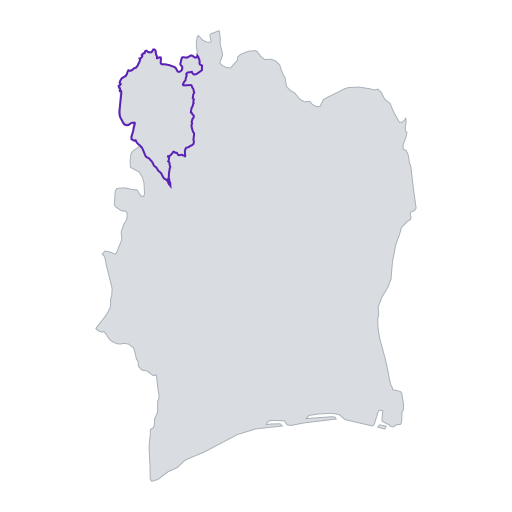 Ivory Coast, with Denguélé highlighted
{"feature_id": "CIV-3437", "entity_name": "Denguélé", "entity_type": "Region", "adm_level": 1, "iso_a3": "CIV", "parent_name": "Ivory Coast", "parent_adm1": "", "projection": "equal_earth", "projection_center": [-7.217, 9.491], "detail": "fine", "context": "in_parent", "style": "outline", "palette": "violet", "viewbox_px": 512, "rotation_deg": 0, "n_neighbors": 0, "source": "natural_earth", "source_scale": "10m", "svg_char_len": 8473}
<svg xmlns="http://www.w3.org/2000/svg" viewBox="0 0 512 512"><path d="M128.4,70.3L129.9,70.2L133.9,68.6L137.6,65.0L141.0,57.6L145.6,51.6L150.8,52.0L152.3,50.9L154.1,50.7L156.3,54.7L158.5,57.7L160.0,57.8L161.2,63.4L170.7,65.8L174.7,67.4L178.1,71.5L179.3,71.6L180.7,70.7L181.9,69.3L182.1,67.7L180.6,64.0L181.3,60.6L182.8,57.6L185.2,57.4L188.9,56.6L193.1,56.6L196.2,57.1L197.5,54.1L196.3,45.6L196.6,41.0L197.1,37.1L198.3,35.5L203.0,40.4L207.3,42.2L210.3,42.3L211.2,41.4L209.9,36.0L210.2,34.4L211.3,33.5L213.4,32.9L218.8,30.7L219.4,31.2L220.4,39.6L220.0,42.4L221.1,48.2L222.5,53.5L222.4,55.7L221.3,59.0L219.9,62.0L220.0,63.3L222.2,65.4L226.4,67.5L230.7,68.0L233.1,64.9L235.6,62.3L237.4,60.1L237.9,56.7L240.7,54.3L248.5,51.2L255.7,50.7L257.4,51.7L260.7,56.4L264.8,59.6L271.1,59.2L275.7,61.1L279.6,64.7L282.3,72.7L285.2,78.4L286.5,86.6L291.1,91.0L294.6,92.9L299.5,98.9L304.5,101.9L309.7,101.2L312.2,104.3L316.1,106.5L319.9,106.7L323.3,99.8L327.8,97.1L339.2,91.6L343.7,89.1L348.2,87.6L359.2,87.1L369.4,88.7L374.5,90.0L377.9,89.1L381.2,92.3L384.7,99.2L387.5,101.4L390.3,103.8L392.4,109.2L394.9,114.5L396.3,116.9L399.4,122.2L402.0,122.3L404.6,120.0L405.7,118.3L406.2,121.8L405.2,127.5L405.4,131.0L406.9,132.3L406.1,136.8L403.1,144.5L403.2,149.1L406.2,150.5L408.3,155.3L409.6,163.6L410.9,166.3L411.0,168.0L413.3,188.0L416.1,208.1L414.4,210.8L412.0,211.5L410.5,212.5L410.1,214.3L411.1,217.1L410.5,219.6L407.6,221.3L401.2,227.7L400.8,230.2L399.1,235.7L397.7,239.0L395.7,245.1L392.5,261.4L391.3,275.0L391.1,279.1L389.8,282.0L388.4,286.2L381.6,297.8L378.1,307.2L378.5,311.4L378.7,315.5L377.7,318.5L377.9,326.5L378.8,333.2L380.0,339.7L385.1,358.3L387.7,369.6L389.3,378.7L390.8,384.9L392.1,387.3L392.7,389.7L400.1,391.4L401.6,392.7L403.6,404.6L403.3,410.0L401.8,412.0L401.9,416.6L401.6,422.2L400.5,424.4L396.3,424.7L393.5,426.9L389.8,426.0L389.4,424.6L387.4,424.1L381.9,420.9L382.8,410.6L380.2,410.1L378.2,411.5L374.4,423.9L372.5,426.0L345.0,419.6L339.0,414.5L331.8,413.3L319.3,413.9L309.0,415.4L306.1,418.6L332.1,416.7L334.9,417.1L336.2,419.0L303.3,423.0L290.8,425.5L287.1,424.8L284.3,420.8L270.7,420.4L267.9,421.7L266.2,424.6L271.5,424.0L280.0,423.8L282.3,426.0L255.8,428.9L237.4,434.5L229.7,438.6L204.0,452.2L188.4,458.6L184.3,460.9L177.2,467.6L168.1,471.7L157.8,479.5L151.6,481.3L150.2,478.8L150.0,465.6L149.1,447.9L149.5,441.2L150.3,434.8L150.3,429.6L153.4,427.6L154.3,425.4L154.7,418.5L157.6,412.3L157.7,401.4L158.6,399.1L159.2,396.2L158.0,389.1L156.4,375.6L155.6,374.8L154.9,375.4L153.2,375.6L146.8,370.9L141.8,370.1L138.4,366.2L138.1,361.6L136.4,359.0L135.3,353.8L133.5,347.8L128.6,344.1L124.0,343.3L120.8,344.0L117.0,343.8L112.6,341.8L109.5,339.5L106.7,335.1L104.0,331.7L101.9,332.1L99.3,331.3L96.8,329.7L95.9,328.4L106.6,314.5L110.2,307.6L110.6,303.5L110.6,299.3L111.8,295.0L112.1,288.4L106.2,264.5L104.8,257.1L103.2,254.9L102.2,254.1L105.1,251.0L109.3,251.8L115.5,254.2L116.9,251.9L121.7,239.8L121.5,235.3L121.1,232.2L123.9,224.0L126.1,220.8L127.2,217.3L126.9,212.6L125.2,210.9L123.0,211.2L120.4,210.1L116.4,207.4L114.3,205.0L115.0,194.1L115.3,190.7L116.8,188.7L119.0,188.2L125.2,187.9L130.2,189.1L134.7,189.8L137.0,189.8L138.9,193.1L141.5,196.4L143.7,196.3L144.5,193.9L144.0,183.1L142.5,177.5L139.1,172.0L130.4,167.3L130.1,160.8L131.0,153.7L132.9,151.0L139.4,146.5L138.3,144.1L136.2,141.5L132.1,138.9L133.1,130.5L133.3,122.9L129.8,123.8L126.2,124.2L123.2,121.9L120.6,117.3L120.2,104.6L120.2,90.1L119.7,83.6L120.7,80.2L123.8,77.0L127.2,72.9L128.4,70.3ZM386.2,426.2L384.8,429.0L377.8,427.2L379.5,424.8L386.2,426.2Z" fill="#d9dde1" stroke="#a8b0b8" stroke-width="1"/><path d="M120.2,91.3L119.9,91.2L119.7,90.5L119.9,90.3L120.1,90.2L120.1,89.6L120.0,88.4L119.8,88.0L119.5,87.9L119.2,87.9L119.1,87.7L118.9,87.2L118.7,86.4L118.7,85.8L119.9,85.2L120.5,84.6L120.7,83.9L120.1,83.6L119.6,82.8L120.1,81.0L121.2,79.1L122.2,77.9L124.8,76.6L126.0,75.7L127.0,73.9L127.2,72.9L127.5,72.0L127.9,71.1L128.4,70.3L129.4,70.8L130.5,70.8L131.6,70.4L132.5,69.8L133.5,68.7L134.0,68.3L135.3,68.0L135.8,67.8L136.3,67.4L136.8,66.8L138.1,64.7L138.3,64.1L138.5,63.4L138.8,63.0L139.2,62.7L139.5,62.1L139.6,61.1L140.2,59.7L139.5,58.5L140.6,58.2L141.7,57.3L142.3,56.1L141.7,55.1L142.2,54.7L142.4,54.6L142.4,54.1L143.1,53.4L143.6,53.2L144.2,53.3L144.7,53.1L144.9,52.4L145.1,51.5L145.4,50.9L146.5,50.7L148.4,52.2L149.6,52.4L150.1,52.3L151.1,52.3L151.6,52.1L152.0,51.6L153.2,49.5L154.0,49.4L154.6,49.6L155.1,50.0L155.5,50.6L155.8,51.5L155.8,52.3L155.8,53.0L155.8,53.6L156.0,54.3L156.9,56.3L157.0,57.1L156.9,57.7L156.9,58.2L157.6,58.2L158.1,58.0L159.5,57.3L160.7,57.4L161.0,58.5L160.7,61.4L160.7,63.1L161.2,63.9L162.0,64.3L165.3,64.3L169.5,65.2L174.6,67.1L175.5,67.8L176.4,69.1L177.1,70.7L178.1,71.8L179.4,71.8L180.6,71.2L181.7,70.1L182.3,68.6L182.2,66.8L181.7,66.1L181.0,65.5L180.5,64.8L180.3,63.9L181.6,58.3L182.2,57.4L183.4,57.2L186.4,57.7L187.4,57.5L190.5,55.6L191.6,55.4L192.7,55.9L194.7,57.5L195.9,57.6L197.1,57.1L197.5,56.3L197.5,55.9L198.2,56.8L199.1,59.3L199.4,60.0L199.6,61.2L199.7,61.7L199.5,62.6L199.5,63.0L199.5,63.5L199.7,64.0L200.1,64.5L200.4,64.9L202.1,65.5L202.1,66.0L201.9,67.5L201.9,68.4L202.0,69.6L202.0,69.9L201.8,70.2L201.6,70.4L197.4,73.5L195.3,74.4L194.7,74.5L194.4,74.5L194.0,74.4L193.6,74.2L193.0,73.8L192.4,73.1L191.8,71.8L189.9,72.3L189.2,72.2L187.8,72.5L186.8,73.1L186.2,74.2L186.6,74.8L186.7,75.1L186.6,75.7L186.5,76.3L186.0,77.2L185.8,77.9L185.7,78.8L185.7,79.3L185.6,79.9L185.5,80.3L184.3,81.7L183.9,82.3L183.0,84.2L182.9,84.5L183.0,84.9L183.2,85.2L183.5,85.3L183.9,85.4L190.5,85.1L190.8,85.1L191.2,85.2L191.4,85.4L191.6,85.6L191.8,86.0L192.2,87.3L192.4,87.8L192.7,88.1L192.9,88.3L193.1,88.5L193.2,88.8L193.4,89.3L193.7,91.0L193.8,91.3L194.1,91.9L194.2,92.3L194.2,92.7L193.8,93.4L193.6,93.7L193.4,94.2L193.2,94.9L193.0,96.3L192.8,97.4L192.7,98.0L192.9,98.4L193.5,98.9L193.7,99.1L193.8,99.4L193.8,99.8L193.7,100.3L193.4,100.9L193.3,101.4L193.3,102.1L193.4,102.4L193.6,102.8L193.7,103.1L193.6,103.4L193.3,103.8L193.0,104.2L192.9,104.7L192.8,105.5L192.7,106.1L191.9,107.4L191.7,107.7L191.4,108.9L190.8,112.4L191.8,113.1L192.1,113.5L192.5,114.4L193.3,115.2L193.6,115.4L193.7,115.6L193.8,116.1L193.8,116.7L193.5,117.6L193.3,118.1L193.1,118.4L192.8,118.5L192.6,118.7L192.4,119.0L192.3,119.3L192.2,120.2L192.1,120.6L192.0,120.8L191.8,121.1L191.7,121.3L191.7,121.6L191.7,122.1L192.0,122.9L192.1,123.4L192.0,124.0L191.5,124.9L191.5,125.8L191.7,127.1L192.4,130.0L193.1,131.9L193.3,132.1L193.4,132.4L193.8,132.9L194.0,133.2L194.1,133.9L194.0,135.0L193.5,139.0L193.4,140.0L193.8,141.0L193.9,141.5L193.9,142.0L193.5,143.9L191.6,145.5L190.3,145.9L189.8,146.2L189.2,146.8L188.5,147.1L186.4,147.8L185.9,148.1L185.6,148.6L185.5,149.0L185.4,149.5L185.0,150.2L184.9,150.7L184.9,151.2L184.9,152.2L184.9,152.3L185.2,155.4L185.2,155.9L185.1,156.3L184.9,156.3L184.7,156.2L184.3,155.7L184.1,155.5L183.7,155.4L183.1,155.4L182.8,155.4L182.5,155.2L182.3,155.0L182.0,154.8L181.6,154.7L180.1,155.1L179.3,155.2L178.9,155.2L178.6,155.1L178.4,155.0L178.1,154.8L177.9,154.6L177.7,154.3L177.2,153.2L177.0,152.9L176.8,152.8L176.5,152.7L175.5,152.8L175.2,152.7L174.8,152.4L174.7,152.3L174.7,152.2L174.2,151.9L173.8,151.7L173.4,151.7L173.2,151.9L173.0,152.1L172.9,152.2L172.8,152.5L172.4,153.3L171.7,153.8L170.9,154.9L170.1,155.6L168.8,156.1L168.1,156.1L168.0,156.3L168.0,156.6L168.1,156.9L168.3,157.0L168.7,157.1L169.2,157.2L169.2,157.7L168.9,158.5L168.9,159.4L168.8,160.2L168.5,160.8L168.2,161.4L168.9,161.8L169.3,162.6L169.6,163.7L169.6,165.0L169.7,165.4L170.2,166.6L170.3,167.2L170.2,167.7L169.7,168.3L169.6,168.9L169.5,170.1L168.9,173.5L168.9,176.1L168.7,177.5L168.2,178.8L168.9,178.8L169.3,179.1L169.2,179.5L168.6,179.8L169.2,180.4L169.8,181.8L170.2,183.2L170.4,185.9L168.7,183.8L168.3,182.8L168.1,182.1L168.0,181.7L167.7,181.2L167.2,180.7L165.9,179.5L165.5,179.2L164.9,179.0L164.4,178.7L164.0,178.4L163.3,177.4L161.9,174.8L161.3,173.6L161.1,173.2L160.7,172.8L159.6,171.8L159.0,171.4L158.5,171.0L156.2,167.4L154.3,166.0L154.1,165.8L153.9,165.5L152.5,162.5L152.1,161.9L149.0,158.3L147.4,157.6L146.4,157.0L146.0,156.6L145.6,156.1L145.3,155.5L142.9,149.6L141.6,147.1L141.0,146.9L140.4,145.8L138.2,144.1L137.1,142.9L136.5,142.2L135.8,140.4L135.3,140.2L134.8,140.5L134.2,140.7L131.5,139.3L131.4,136.7L133.3,130.6L133.5,128.9L134.9,123.3L134.6,122.7L132.4,122.7L131.3,123.0L129.3,124.5L128.3,125.1L127.3,125.2L126.1,125.1L125.0,124.8L124.1,124.2L123.2,122.9L120.2,117.2L119.8,116.0L119.6,114.8L119.4,113.2L119.4,111.6L119.4,111.0L121.4,92.7L121.1,91.1L120.2,91.3Z" fill="none" stroke="#5b21b6" stroke-width="2"/></svg>